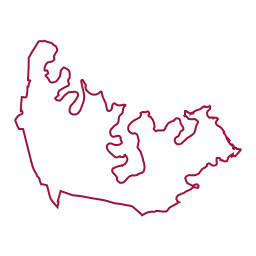 Canada Bay, New South Wales, Australia (Equal Earth projection)
{"feature_id": "25037944B91720609998953", "entity_name": "Canada Bay", "entity_type": "district", "adm_level": 2, "iso_a3": "AUS", "parent_name": "Australia", "parent_adm1": "New South Wales", "projection": "equal_earth", "projection_center": [151.126, -33.849], "detail": "fine", "context": "isolated", "style": "outline", "palette": "rose", "viewbox_px": 256, "rotation_deg": 0, "n_neighbors": 0, "source": "geoboundaries", "source_scale": "gbopen_adm2", "svg_char_len": 5880}
<svg xmlns="http://www.w3.org/2000/svg" viewBox="0 0 256 256"><path d="M121.2,204.1L131.2,206.0L132.6,206.6L140.9,213.8L142.0,215.3L145.9,213.1L147.8,212.4L151.0,211.7L154.8,211.8L156.3,210.8L163.4,211.6L166.1,211.4L167.2,210.7L169.5,207.7L179.1,202.2L177.3,201.1L176.4,199.2L176.6,197.2L178.1,195.2L179.9,194.6L181.0,193.8L183.5,193.2L186.1,191.4L190.9,189.3L192.9,187.4L194.4,187.3L197.8,187.9L198.2,187.7L198.6,185.9L197.5,184.4L195.7,184.4L193.9,185.4L191.9,185.5L187.4,183.2L186.2,181.1L185.2,178.0L185.4,177.5L187.1,175.8L188.8,175.2L194.3,175.3L198.4,174.0L202.2,169.1L206.3,166.6L206.9,165.9L206.9,164.4L208.4,163.4L209.7,163.6L211.7,165.2L212.9,165.6L214.4,165.6L216.2,164.8L216.8,163.8L216.5,159.3L216.7,158.1L219.4,157.9L220.6,159.5L220.4,159.9L221.1,160.3L221.1,160.1L222.6,160.4L224.3,161.3L225.5,161.4L227.1,161.0L228.0,158.4L228.1,157.6L229.0,156.7L231.2,154.9L231.4,155.1L232.9,154.0L232.7,155.8L231.7,156.7L231.8,156.8L232.8,155.8L235.2,156.3L240.6,150.1L240.6,149.4L236.9,148.9L236.2,148.0L235.4,147.8L234.0,149.0L232.9,148.4L232.8,147.7L233.6,146.8L233.4,146.5L233.7,146.1L232.4,144.6L231.7,145.2L231.3,144.7L231.2,145.0L230.9,144.8L228.5,141.6L229.6,140.6L228.7,140.0L228.0,140.6L227.7,140.1L228.3,139.4L227.8,139.3L227.4,139.6L227.0,138.8L227.7,138.1L227.5,137.9L226.8,138.4L225.3,134.7L223.7,133.1L223.7,132.7L224.3,132.1L221.9,128.6L220.2,127.1L217.0,125.1L216.4,124.4L215.8,122.7L216.0,121.9L218.0,119.0L217.1,118.1L216.8,117.8L213.6,117.6L213.6,118.3L213.1,118.3L213.1,117.6L210.8,117.5L210.0,117.9L209.7,117.5L208.8,117.3L207.8,116.1L207.2,114.7L207.1,112.4L207.6,111.1L210.1,108.9L210.2,106.8L209.7,106.0L208.6,106.7L206.7,107.2L206.2,107.2L205.7,106.8L204.6,106.9L204.4,106.3L204.1,106.3L202.6,107.0L201.7,108.1L199.5,109.4L197.4,109.9L194.7,111.2L193.2,112.3L193.5,112.9L192.8,113.6L191.9,113.5L191.8,112.9L191.5,113.0L191.4,113.5L190.7,114.0L190.8,113.4L189.7,113.3L188.0,112.1L187.6,112.3L186.3,111.0L185.1,111.0L184.9,115.4L184.3,115.8L184.8,116.3L185.4,115.9L186.2,116.3L188.7,119.0L192.1,119.3L194.2,119.0L195.3,119.3L197.7,121.2L198.1,122.4L196.0,126.2L195.2,130.5L194.6,132.1L193.6,133.6L191.2,135.6L187.4,138.0L181.3,143.6L179.6,144.3L177.5,144.2L176.1,143.4L175.1,142.1L174.7,140.2L175.0,138.8L175.5,137.9L176.7,136.9L177.9,136.6L178.6,135.7L180.7,131.3L183.0,130.0L183.4,129.4L183.2,127.6L180.5,123.2L180.2,120.5L179.2,118.9L177.4,118.3L176.2,118.3L175.4,118.9L174.7,119.8L174.2,120.0L173.7,120.9L171.9,121.3L168.7,122.9L167.6,124.0L166.4,126.2L165.8,126.6L165.1,129.0L164.4,129.4L163.7,130.4L157.5,130.4L156.0,131.2L154.8,130.4L153.7,129.0L153.8,128.4L154.5,127.0L154.6,126.0L153.6,121.8L152.3,118.9L151.4,118.2L150.7,116.8L149.1,116.5L148.7,116.1L148.5,115.0L149.3,114.3L149.4,113.9L148.9,112.2L148.0,111.5L146.8,111.5L145.8,112.3L142.4,112.0L140.5,113.2L141.0,114.3L141.0,115.1L140.3,116.2L140.0,117.3L133.6,120.7L130.8,123.0L128.9,125.4L128.3,126.7L128.2,129.3L128.9,131.2L130.7,132.8L132.5,133.6L133.4,133.6L134.3,133.2L135.4,133.4L136.8,134.3L137.5,135.5L138.8,140.6L138.0,145.1L137.6,146.2L137.5,147.3L140.6,151.8L142.7,158.0L143.2,160.8L143.9,162.6L144.5,166.0L144.5,168.1L144.0,170.5L143.4,171.6L142.2,172.7L137.9,174.1L137.4,175.0L134.2,175.5L132.2,175.3L129.4,176.5L128.6,177.0L124.2,181.9L123.1,182.5L120.9,182.9L119.6,182.6L117.6,180.9L117.1,179.9L116.8,176.8L112.6,172.3L112.2,171.1L112.2,169.6L113.1,168.3L117.0,166.7L121.8,165.4L122.4,165.7L122.6,165.2L124.5,164.4L126.0,162.8L126.9,161.2L127.4,159.5L127.2,158.0L126.5,156.4L125.5,155.8L125.1,155.0L124.4,155.2L124.4,156.3L123.6,157.1L120.1,156.8L119.9,156.2L116.8,157.5L115.1,157.1L110.2,152.8L108.7,151.2L107.2,148.8L106.8,147.6L106.8,146.4L107.5,144.7L109.4,143.4L111.4,143.5L114.7,145.0L117.9,145.0L120.0,144.4L121.8,142.9L121.9,141.8L121.2,140.8L120.5,138.6L120.8,137.7L119.5,136.0L116.8,135.9L113.7,136.9L112.3,136.6L110.6,134.7L110.1,131.8L110.8,129.7L112.9,127.3L114.6,125.6L117.3,124.0L118.2,122.3L118.6,121.1L118.7,118.3L119.2,116.7L119.9,115.5L122.2,113.4L122.7,112.2L123.0,109.6L123.5,108.0L124.3,106.0L125.3,105.8L125.3,105.1L124.7,105.2L124.3,104.7L123.8,104.6L120.3,105.4L118.6,105.4L116.7,104.8L114.8,103.4L114.0,103.4L112.8,104.3L112.1,106.6L111.9,108.6L111.1,110.0L109.5,111.0L107.8,110.8L107.1,109.9L105.6,103.0L102.8,97.1L101.5,91.7L100.3,91.9L98.3,93.6L95.7,94.6L92.8,94.6L90.5,93.8L86.8,90.7L86.4,89.8L85.9,89.5L85.4,86.7L85.9,85.6L85.5,84.3L84.2,82.7L83.1,80.4L82.1,79.9L81.5,80.3L81.2,81.4L83.8,93.4L84.2,96.4L84.0,99.3L83.5,101.8L80.3,110.2L78.3,113.0L76.6,114.1L75.0,114.5L72.9,114.4L71.1,113.7L70.2,112.7L69.6,111.2L69.5,110.0L69.9,107.7L70.9,105.6L75.0,101.1L77.6,96.6L78.1,95.5L78.1,94.4L77.8,93.4L77.2,92.6L75.0,91.7L68.5,92.3L64.7,95.3L61.3,99.4L59.6,100.7L56.5,100.1L55.7,99.2L55.2,98.2L58.6,95.1L58.1,94.2L58.1,93.1L58.6,91.7L59.4,90.5L64.4,87.5L68.1,85.7L68.8,84.9L69.0,83.6L68.3,82.1L68.1,80.8L68.4,79.4L69.4,78.3L69.6,77.6L69.8,73.9L69.3,71.5L68.6,70.3L67.8,69.6L64.5,67.6L63.4,67.6L60.9,70.4L59.9,76.5L56.9,80.7L55.8,81.6L52.8,82.5L51.2,82.4L49.8,81.6L48.2,78.7L45.6,75.7L45.6,75.3L48.2,73.4L47.3,70.5L45.0,70.6L44.6,70.2L44.5,69.7L44.8,66.9L45.7,64.8L47.1,62.9L48.2,62.3L52.2,61.4L54.2,59.8L54.4,59.0L53.9,56.8L54.0,56.0L57.1,50.7L57.3,49.9L57.1,49.0L56.0,46.4L53.4,44.9L52.2,43.4L51.6,43.0L46.3,41.6L44.6,40.7L43.8,40.8L42.9,41.4L40.4,41.1L38.7,41.4L32.1,51.9L28.7,57.9L28.6,67.7L28.0,80.0L30.2,80.6L29.0,83.2L28.3,86.7L27.5,86.7L27.3,91.5L26.5,96.7L25.5,97.5L21.8,97.0L20.9,106.4L20.8,111.1L21.9,110.8L22.6,112.6L22.2,113.8L18.1,115.8L15.4,119.6L15.4,120.9L17.6,126.4L18.9,128.9L23.1,129.1L30.8,159.8L31.0,161.4L31.5,162.3L32.8,167.2L34.4,170.8L36.4,173.9L36.8,175.6L39.3,178.4L39.9,181.2L41.2,184.3L43.0,184.3L47.0,185.4L49.8,196.4L50.7,198.7L52.2,201.1L57.5,207.2L58.5,201.9L57.7,201.6L60.6,191.0L72.5,195.2L81.3,196.2L93.6,198.5L101.2,199.7L105.7,200.6L114.4,203.2L121.2,204.1Z" fill="none" stroke="#9f1239" stroke-width="2"/></svg>